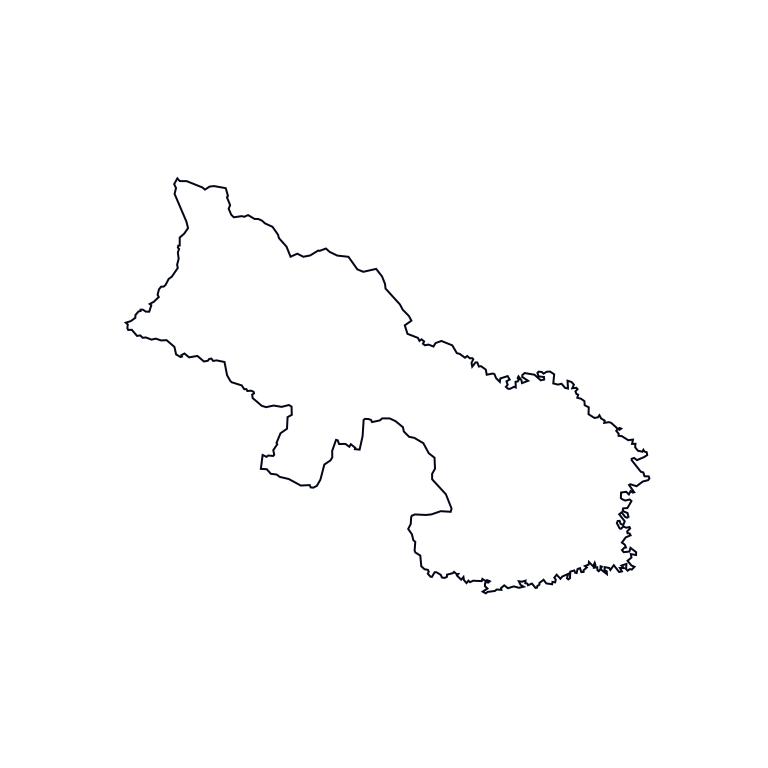 Bagé, Rio Grande do Sul, Brazil (Mercator projection), rotated 64°
{"feature_id": "56859067B38463954563112", "entity_name": "Bagé", "entity_type": "district", "adm_level": 2, "iso_a3": "BRA", "parent_name": "Brazil", "parent_adm1": "Rio Grande do Sul", "projection": "mercator", "projection_center": [-53.953, -31.246], "detail": "fine", "context": "isolated", "style": "outline", "palette": "ink", "viewbox_px": 768, "rotation_deg": 64, "n_neighbors": 0, "source": "geoboundaries", "source_scale": "gbopen_adm2", "svg_char_len": 6167}
<svg xmlns="http://www.w3.org/2000/svg" viewBox="0 0 768 768"><g transform="rotate(64 384 384)"><path d="M427.7,511.2L438.8,503.3L442.3,495.1L444.8,495.2L446.2,492.9L446.1,489.0L442.1,483.1L430.2,472.9L429.2,465.5L427.2,462.6L421.4,459.9L413.2,451.6L414.3,450.3L418.2,450.7L421.0,444.9L425.2,442.7L423.6,440.2L428.8,437.8L429.8,438.7L432.3,434.7L421.5,426.1L407.3,418.0L407.0,416.4L408.7,413.3L410.5,411.5L413.0,411.4L414.9,403.7L414.1,400.7L417.4,394.0L422.5,389.9L431.2,385.9L435.4,387.0L442.4,384.6L445.8,380.3L454.4,374.6L465.9,374.1L472.4,370.9L482.5,375.3L485.9,380.2L490.8,382.5L510.3,376.7L525.6,377.9L528.1,380.1L523.2,388.7L522.0,398.5L520.2,403.5L514.8,413.4L514.6,416.8L515.8,418.1L521.5,421.3L524.9,425.8L531.4,424.8L537.2,426.1L539.6,425.1L547.1,429.5L549.1,429.7L554.1,426.6L564.2,430.4L568.2,428.8L570.3,426.0L572.4,426.1L573.7,427.8L577.5,426.7L578.4,425.5L575.4,421.0L576.2,419.4L580.3,416.7L583.4,416.7L584.9,414.4L584.9,412.0L583.0,411.0L584.2,404.9L583.6,403.4L586.7,402.1L587.3,400.6L588.2,402.4L593.7,400.4L592.3,397.2L595.3,398.1L599.1,397.1L597.8,394.3L599.8,393.6L599.9,390.1L604.0,382.6L602.3,381.0L605.4,379.3L605.4,377.4L607.7,375.4L608.2,377.3L606.7,379.4L607.6,380.7L610.0,381.9L613.2,380.7L613.9,386.3L616.8,384.3L616.3,382.0L618.6,375.1L618.1,372.8L620.5,368.7L618.7,368.2L617.7,364.2L621.9,362.1L622.8,356.1L626.4,351.9L627.4,347.3L624.4,349.3L620.4,349.3L622.2,346.6L622.8,343.0L625.0,344.3L626.2,342.7L628.0,342.8L628.2,338.5L633.7,337.2L634.1,335.7L632.8,334.8L632.5,332.3L631.0,331.6L629.9,326.4L634.3,325.6L637.7,320.7L635.7,319.3L637.3,317.1L635.1,315.4L632.7,315.8L631.1,312.4L636.4,310.8L635.2,308.2L635.4,301.6L638.7,304.7L640.4,304.0L640.1,302.0L634.3,298.8L635.0,294.7L637.4,294.9L638.4,293.7L635.2,291.2L635.4,288.6L639.6,289.1L640.4,287.0L638.9,286.3L637.8,282.1L635.7,283.2L636.0,279.2L633.8,277.8L639.5,276.0L637.1,273.0L639.7,273.4L641.3,275.5L642.2,272.7L645.1,273.8L646.4,273.1L645.3,270.6L652.6,267.0L650.0,265.9L648.0,267.4L645.3,266.0L648.1,262.2L650.4,262.1L647.6,256.9L656.0,255.1L656.7,252.3L652.8,252.6L654.7,249.0L651.3,250.2L652.0,245.0L656.4,247.5L658.6,246.9L658.1,244.3L659.4,242.6L658.1,239.0L655.6,241.2L649.6,242.6L648.5,237.7L645.1,236.7L648.2,232.4L645.7,231.1L639.3,234.3L642.2,236.9L640.2,242.3L637.6,242.9L636.5,239.7L637.0,238.2L634.0,238.0L630.8,239.7L627.8,233.9L628.1,228.7L626.1,228.7L624.9,230.5L623.1,230.1L621.7,226.1L620.2,226.0L619.4,229.2L617.0,231.4L618.0,234.4L617.2,235.5L611.1,235.7L609.6,234.0L610.3,232.2L613.4,232.7L615.6,230.7L612.9,227.8L604.2,229.7L603.5,226.7L609.2,225.5L610.8,224.0L610.6,222.5L606.7,221.7L603.3,224.7L601.8,224.6L600.6,223.6L602.2,219.6L597.7,212.9L595.5,213.8L594.5,218.3L591.9,220.5L590.3,221.1L585.5,218.5L587.1,213.5L590.6,212.3L588.3,209.3L590.6,208.1L591.0,206.6L582.2,208.0L582.1,206.5L586.6,201.8L585.1,194.2L586.2,188.8L585.3,186.9L583.1,186.6L581.1,190.3L577.1,189.7L575.5,191.6L561.1,194.8L559.8,194.2L560.1,191.6L563.3,190.0L563.7,182.6L563.3,178.6L560.5,177.8L558.8,179.6L556.9,179.7L558.1,181.5L555.2,185.1L550.9,186.0L548.0,184.2L546.6,187.3L543.1,184.6L541.6,189.1L535.0,193.2L533.4,195.9L531.5,194.9L527.9,195.8L526.8,193.5L518.6,196.8L516.9,198.5L515.5,203.1L513.6,201.7L510.1,204.0L506.5,204.1L507.7,206.4L506.8,209.7L500.8,213.4L494.7,210.2L491.1,212.9L487.2,211.4L483.6,213.4L481.1,216.3L478.7,214.2L477.2,215.4L474.6,215.2L473.5,212.3L471.7,212.8L470.4,216.7L467.8,213.6L464.4,214.6L461.5,217.6L468.7,220.6L467.0,222.9L461.6,224.3L460.8,227.9L457.7,231.6L449.9,226.8L445.6,229.3L444.3,232.4L444.7,236.0L442.4,236.9L440.7,239.5L441.3,241.3L444.9,241.7L447.9,237.1L450.2,238.1L449.4,241.5L441.6,244.7L435.8,252.8L436.6,255.7L438.2,256.7L444.3,253.1L443.7,259.6L440.7,258.8L436.1,259.8L437.3,261.3L439.3,261.0L440.3,262.7L439.7,264.8L444.9,267.1L443.5,268.4L443.6,272.9L442.5,274.7L440.0,275.7L438.9,273.2L435.3,272.7L435.1,269.1L431.1,269.4L430.0,277.0L432.9,279.0L427.8,280.7L423.6,280.4L422.3,281.6L420.7,287.6L415.7,286.2L410.5,289.0L409.9,291.1L405.6,290.7L404.7,292.2L407.1,297.1L403.4,296.1L400.9,292.9L399.5,293.3L398.6,295.5L395.3,297.0L395.9,299.7L390.2,302.7L388.2,305.0L379.2,305.7L370.5,313.5L369.8,319.7L372.0,323.1L368.1,326.7L367.1,330.3L364.9,331.3L363.3,329.3L360.3,330.7L360.8,333.2L357.4,333.3L349.2,340.9L340.4,339.6L339.1,331.6L333.8,331.8L325.4,334.6L319.5,334.8L298.9,340.8L294.5,339.2L286.5,338.6L277.1,340.6L274.1,353.4L269.3,357.7L254.1,360.2L248.1,369.7L241.5,374.9L236.8,376.8L236.1,383.6L235.2,384.6L236.1,394.0L234.3,400.7L228.9,404.8L228.6,412.2L217.8,411.4L206.8,414.5L203.4,413.8L193.9,415.3L187.4,420.6L183.8,422.0L180.6,424.6L178.9,428.0L172.6,432.1L172.4,436.4L170.8,438.2L168.3,445.9L165.0,447.1L158.4,446.8L155.8,443.9L147.3,443.3L146.6,441.8L138.6,440.4L131.6,450.0L130.1,454.2L130.8,459.7L127.8,461.0L115.2,472.4L112.1,478.6L108.6,479.6L112.4,485.0L116.7,485.0L121.3,488.9L151.4,490.4L158.0,491.8L161.3,497.7L162.8,503.4L170.0,506.9L169.5,508.3L171.0,509.5L172.8,509.0L175.4,511.6L181.5,513.7L186.0,517.6L189.3,518.5L194.5,527.6L195.2,531.5L199.2,536.9L199.9,539.3L198.8,541.7L200.3,544.8L204.6,548.4L207.1,548.3L209.2,554.9L209.4,559.5L211.2,558.6L216.1,563.3L214.5,566.4L211.5,568.1L210.5,570.2L211.7,570.8L211.2,572.8L213.0,577.1L215.5,578.5L216.5,584.0L215.7,589.2L218.2,588.2L221.3,590.2L223.3,590.2L224.7,586.9L232.5,584.9L233.5,581.8L236.7,580.6L237.8,577.6L242.2,573.5L243.2,569.2L247.1,565.3L249.3,560.2L258.8,556.1L266.3,557.9L270.5,555.1L270.8,553.6L269.3,553.5L269.1,550.0L274.6,547.5L277.0,539.4L284.8,536.0L285.9,532.2L284.9,530.1L285.5,528.0L288.3,527.5L289.4,524.1L294.3,517.7L307.3,521.2L313.8,520.8L315.6,520.2L322.9,512.5L327.4,511.9L328.3,509.9L330.4,509.9L331.7,506.5L333.8,504.6L335.4,504.9L335.8,507.2L339.1,508.2L349.9,503.5L353.1,500.2L355.0,492.6L359.7,486.0L361.2,478.7L363.8,477.0L371.3,480.4L371.5,485.2L381.7,490.8L382.9,498.6L389.8,506.4L391.4,506.4L394.9,512.5L399.5,513.7L400.1,515.1L397.5,519.5L398.0,521.5L394.6,524.2L406.3,531.9L409.2,526.7L415.1,525.1L418.3,520.2L421.8,518.4L427.7,511.2ZM645.3,270.6L642.8,269.2L643.7,268.3L645.3,270.6ZM526.8,193.5L528.4,192.5L528.1,190.4L526.8,191.4L526.8,193.5Z" fill="none" stroke="#020617" stroke-width="2"/></g></svg>